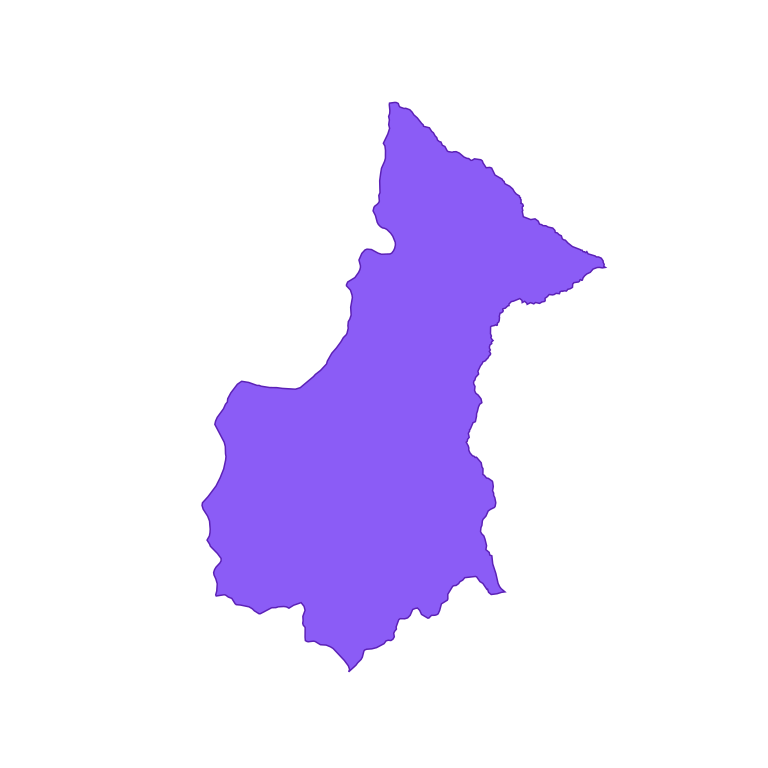 San Sebastian, Cauca, Colombia, rotated 150°
{"feature_id": "7082276B83850714200687", "entity_name": "San Sebastian", "entity_type": "district", "adm_level": 2, "iso_a3": "COL", "parent_name": "Colombia", "parent_adm1": "Cauca", "projection": "mercator", "projection_center": [-76.773, 1.841], "detail": "fine", "context": "isolated", "style": "filled", "palette": "violet", "viewbox_px": 768, "rotation_deg": 150, "n_neighbors": 0, "source": "geoboundaries", "source_scale": "gbopen_adm2", "svg_char_len": 6171}
<svg xmlns="http://www.w3.org/2000/svg" viewBox="0 0 768 768"><g transform="rotate(150 384 384)"><path d="M558.5,152.4L548.9,154.5L546.2,155.7L541.6,156.9L539.4,158.2L535.0,162.7L533.9,163.3L531.7,163.0L526.9,160.7L522.2,159.4L513.8,159.1L510.6,160.5L508.5,160.0L506.3,158.4L503.9,158.5L501.5,159.9L500.2,163.3L498.5,164.5L495.8,165.5L495.0,167.5L489.1,172.5L487.4,172.7L483.4,170.3L480.5,169.6L477.0,170.6L471.9,174.4L469.2,174.0L467.0,173.2L466.3,170.2L466.7,165.7L463.1,159.3L462.1,158.9L458.6,159.9L455.6,158.3L453.7,157.8L452.0,157.9L449.0,160.1L444.2,164.9L437.3,165.1L436.2,165.9L433.9,170.0L425.8,174.4L424.6,174.5L422.3,173.5L419.2,173.8L417.2,174.8L413.9,174.8L410.9,175.9L401.0,171.6L400.2,170.6L399.7,164.9L398.1,161.9L397.6,154.7L396.9,154.6L397.6,151.3L396.4,148.1L390.9,145.8L386.3,144.8L383.2,143.5L384.9,148.2L385.2,150.8L384.9,154.3L381.9,163.9L379.8,173.8L376.5,181.3L377.9,183.0L377.1,185.6L378.6,189.6L376.0,192.7L374.1,199.2L373.5,202.5L374.3,205.6L374.2,207.9L371.8,211.2L369.9,212.6L367.3,216.2L365.9,217.3L361.8,218.6L357.3,221.9L354.6,222.2L350.1,221.9L348.9,222.5L346.6,225.2L346.2,226.3L344.9,230.1L344.7,232.7L343.6,234.7L343.4,237.2L340.6,240.6L338.9,244.8L338.8,245.8L340.8,250.1L342.3,251.4L342.8,254.7L343.6,256.2L340.6,261.2L340.6,263.3L339.2,267.2L340.4,273.8L340.8,274.6L341.8,274.8L342.2,276.5L343.3,277.6L344.0,281.5L343.6,284.5L342.5,286.2L342.0,288.2L341.9,292.5L340.5,292.8L339.3,294.3L336.9,295.2L335.6,299.2L333.3,300.5L332.8,301.6L331.8,301.8L326.2,306.0L323.7,305.7L320.1,309.7L318.6,312.1L316.8,313.6L313.9,316.7L311.3,318.6L308.6,318.9L307.4,322.6L308.0,327.4L309.1,329.9L309.0,331.9L308.7,333.3L306.4,336.4L306.3,339.1L305.6,340.6L304.7,341.6L303.4,341.9L301.4,343.9L297.1,345.3L296.3,348.1L291.1,351.7L289.5,352.2L287.3,353.7L284.4,353.4L282.9,354.2L281.5,354.3L278.8,355.9L277.2,356.2L276.4,357.2L276.5,359.6L274.9,360.3L274.8,362.2L274.1,363.5L272.6,364.9L270.5,365.1L270.3,366.2L269.6,366.7L267.8,367.1L268.2,368.4L268.2,370.9L267.0,371.8L266.7,374.2L263.1,380.2L262.1,380.4L258.9,379.4L257.8,379.4L257.0,378.4L256.4,378.4L255.4,380.0L253.8,380.3L252.6,381.2L250.6,384.0L250.4,384.9L248.1,387.3L246.8,387.0L244.9,387.2L244.1,387.9L244.0,389.1L243.4,389.7L241.0,389.0L237.8,389.8L236.5,389.4L235.8,390.8L232.5,391.7L230.4,391.0L223.7,390.1L222.7,387.4L223.6,385.4L220.8,385.3L219.9,382.4L220.2,381.4L216.4,381.2L214.2,378.5L212.0,378.8L208.9,376.0L206.3,376.1L203.5,375.2L202.6,375.8L201.7,377.7L198.8,378.0L196.2,378.9L193.5,376.9L191.9,376.4L189.7,376.5L186.9,374.5L185.3,375.9L184.6,375.8L183.3,375.5L182.9,374.9L181.5,374.7L179.5,373.3L177.4,374.1L175.2,373.4L173.3,373.4L172.4,373.5L170.6,376.2L168.8,376.8L164.5,375.1L163.2,375.3L162.3,376.2L161.6,376.2L161.0,375.0L160.3,374.8L158.5,376.4L156.1,377.4L153.4,377.9L149.5,377.6L145.5,379.0L141.2,378.3L139.2,377.3L136.9,375.4L134.0,374.3L134.8,376.0L133.5,377.5L133.4,379.7L132.7,381.0L132.9,384.3L134.7,386.8L136.6,387.9L137.1,389.3L142.2,394.7L142.2,397.2L143.4,396.8L143.9,397.1L144.1,398.2L145.4,399.0L145.6,401.0L146.7,401.5L146.8,402.2L152.1,408.8L154.3,414.4L155.0,417.8L156.3,419.1L157.0,420.6L156.3,423.7L157.8,425.9L158.3,428.1L159.9,429.6L159.2,431.6L159.9,434.7L163.3,437.8L164.7,440.1L167.2,441.7L167.7,443.1L169.4,444.7L169.0,447.9L170.6,451.5L174.7,453.0L179.7,459.2L178.0,464.3L177.1,464.8L176.3,467.3L175.3,468.5L174.5,468.4L174.2,468.8L174.0,470.5L175.1,472.2L174.3,472.8L174.0,473.9L173.2,474.8L173.3,476.2L172.7,477.1L173.2,477.9L172.7,479.1L174.5,482.5L175.0,485.2L175.0,488.5L176.3,492.5L179.0,496.7L179.1,498.3L178.7,499.3L179.4,501.0L179.2,502.2L183.4,509.5L182.8,517.2L184.1,518.7L187.4,520.2L187.7,525.8L187.3,528.1L188.0,529.8L193.1,533.8L195.8,533.7L196.9,534.2L197.9,536.9L199.4,538.0L201.3,540.7L203.3,546.3L205.3,549.1L207.6,550.3L209.1,550.6L212.2,553.2L212.7,554.3L212.5,559.2L214.1,561.6L213.7,565.1L214.8,566.2L215.7,568.5L215.1,571.1L215.7,573.3L215.6,576.8L216.4,578.9L216.6,583.2L220.9,587.4L220.5,589.1L221.1,590.7L222.1,597.8L223.6,602.2L223.7,605.4L224.5,608.6L227.3,611.9L228.9,612.6L231.7,615.9L231.9,617.3L231.4,619.8L232.5,621.5L233.7,622.4L238.8,624.5L239.8,623.2L242.3,617.7L244.0,615.2L246.2,613.4L247.3,610.0L250.3,606.2L251.3,602.6L255.7,598.6L264.2,592.8L264.2,589.6L265.9,585.6L269.9,578.8L272.1,576.6L278.3,572.1L281.8,567.8L286.1,562.2L291.8,551.7L294.2,549.9L296.6,544.7L297.9,543.7L300.1,543.0L303.3,542.6L304.5,541.9L306.9,539.4L307.2,534.1L309.0,527.5L309.1,525.0L308.4,522.1L307.3,520.0L305.5,518.4L304.2,516.3L302.8,511.3L302.5,507.6L303.4,501.1L304.6,498.7L306.9,496.2L309.2,494.6L311.9,493.5L313.7,493.6L321.3,497.6L323.7,500.3L327.6,506.7L331.3,509.3L333.4,509.6L337.9,508.2L343.7,503.9L345.2,498.4L346.0,496.9L347.8,495.0L350.3,493.3L356.0,490.7L364.4,490.5L366.9,488.7L367.4,487.8L366.1,482.1L367.2,477.0L368.2,474.6L374.5,467.1L378.0,460.1L381.2,457.3L383.7,455.9L386.1,452.5L387.1,450.2L390.6,446.5L391.9,445.6L396.0,444.5L400.2,442.1L407.2,439.0L413.7,436.8L421.6,432.2L423.7,430.1L432.2,427.5L438.7,426.6L441.3,425.7L458.3,422.7L463.3,423.8L474.2,431.0L478.6,434.4L484.8,438.1L491.6,443.6L492.8,445.2L494.7,446.3L500.4,453.0L505.9,457.5L511.1,457.1L521.1,452.9L526.7,449.4L528.7,446.7L531.4,445.7L535.4,442.8L545.1,438.5L548.4,436.1L550.7,433.6L551.5,413.5L552.7,409.2L556.2,402.7L557.1,400.2L559.3,397.2L565.3,390.6L572.8,384.7L580.4,379.7L592.8,374.4L600.6,371.9L602.3,369.8L603.2,366.0L602.8,357.7L603.6,352.6L607.1,345.2L609.0,342.3L611.2,339.7L615.3,337.3L615.1,332.5L615.5,330.3L613.0,320.5L612.3,314.4L613.5,312.3L615.5,311.1L621.0,309.4L623.5,308.0L625.8,305.9L626.7,303.6L627.1,299.3L628.3,294.4L632.3,288.4L635.2,285.5L635.3,284.3L627.8,281.4L626.7,280.4L625.4,277.4L623.0,274.4L622.8,268.2L622.3,266.8L618.9,264.4L612.3,258.5L610.4,255.1L609.7,252.4L607.1,247.5L606.0,246.9L593.1,246.4L589.5,244.4L587.0,243.9L582.0,241.4L579.9,239.8L578.4,237.4L572.9,237.6L565.1,236.1L564.4,231.4L565.5,227.5L570.4,223.4L572.5,219.3L574.0,217.5L574.5,215.6L574.0,212.6L579.0,204.1L580.4,201.1L579.5,199.6L578.6,198.7L573.7,196.6L572.4,195.5L569.4,190.0L564.6,186.8L561.8,183.2L560.3,180.4L556.6,164.6L555.8,157.8L556.5,154.1L558.5,152.4Z" fill="#8b5cf6" stroke="#5b21b6" stroke-width="1.5"/></g></svg>